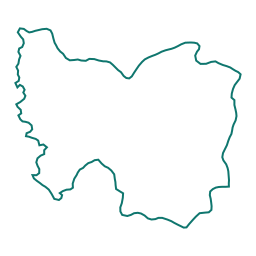 Pirajuba, Minas Gerais, Brazil (Albers equal-area conic projection)
{"feature_id": "56859067B45314161307428", "entity_name": "Pirajuba", "entity_type": "district", "adm_level": 2, "iso_a3": "BRA", "parent_name": "Brazil", "parent_adm1": "Minas Gerais", "projection": "albers", "projection_center": [-48.671, -19.943], "detail": "fine", "context": "isolated", "style": "outline", "palette": "teal", "viewbox_px": 256, "rotation_deg": 0, "n_neighbors": 0, "source": "geoboundaries", "source_scale": "gbopen_adm2", "svg_char_len": 2770}
<svg xmlns="http://www.w3.org/2000/svg" viewBox="0 0 256 256"><path d="M19.9,28.4L17.8,32.3L20.8,36.7L23.2,39.4L23.8,43.2L22.2,47.0L19.2,48.5L18.4,51.9L20.5,55.9L19.1,59.4L18.4,63.7L16.3,66.9L18.1,70.6L17.8,74.5L19.3,77.5L18.7,80.9L15.4,83.0L17.4,87.4L19.9,84.9L22.8,86.5L24.6,89.8L23.3,92.5L25.4,95.8L24.2,98.8L20.3,102.0L16.3,104.3L17.6,106.9L20.7,109.8L21.2,113.4L18.4,115.4L20.3,119.3L22.5,121.4L25.4,121.8L28.6,122.7L31.6,125.4L32.2,129.3L30.1,131.8L26.6,133.2L26.0,136.2L28.9,136.7L31.9,137.8L35.7,138.9L38.2,140.6L39.4,145.3L43.4,144.5L46.9,147.3L44.2,150.2L44.2,154.1L40.7,155.6L37.5,158.3L36.3,162.3L37.6,165.9L39.3,169.1L39.2,173.1L36.5,175.2L32.5,175.1L33.9,178.4L36.8,180.8L39.9,183.0L42.5,185.1L45.4,186.8L48.8,189.6L51.6,193.9L54.3,198.9L58.9,200.0L61.3,198.1L62.1,195.1L59.8,193.1L62.8,191.1L66.5,189.7L70.4,189.4L72.9,187.7L72.7,183.6L74.3,178.7L76.6,175.1L77.8,172.5L79.8,169.6L83.1,167.9L85.3,165.5L88.3,163.1L91.6,162.0L94.6,160.2L98.3,159.7L101.6,163.5L104.8,166.3L108.1,167.8L111.3,170.5L114.2,174.3L114.8,178.9L115.4,182.0L115.6,185.1L116.1,189.0L120.1,191.5L123.1,193.3L122.8,197.8L121.8,203.2L120.3,207.4L120.4,211.5L122.2,214.9L127.3,216.0L130.9,214.9L134.1,213.2L137.8,212.8L141.0,213.5L144.6,215.5L147.9,218.4L151.5,219.5L155.4,219.1L158.3,217.9L162.3,217.9L167.5,219.6L171.4,221.2L174.3,222.9L177.8,224.7L181.1,226.3L183.7,227.6L186.5,227.4L189.1,224.1L193.0,219.7L195.8,216.7L199.6,213.2L205.1,212.6L208.8,212.3L211.4,209.9L211.6,206.2L211.2,202.6L210.7,198.9L209.8,195.1L210.2,191.5L212.8,189.1L215.8,187.6L218.7,187.0L222.1,186.8L225.7,186.8L228.9,186.6L228.8,183.3L229.0,180.2L228.6,175.1L228.3,171.2L227.6,168.0L226.2,164.3L223.4,160.4L222.3,157.2L223.0,153.1L224.8,149.4L226.9,145.2L228.3,140.8L229.7,137.2L231.4,134.0L232.1,130.6L232.6,127.5L233.6,124.5L235.6,120.4L236.5,116.1L236.2,112.9L235.5,109.5L234.4,105.0L234.4,100.1L231.5,97.6L231.8,93.5L233.0,89.0L234.7,85.1L236.9,82.2L239.6,78.7L240.6,74.3L238.2,72.1L235.5,70.8L232.9,69.2L230.3,67.5L226.6,66.1L222.9,65.0L218.4,63.1L215.5,61.4L211.2,61.9L206.1,63.8L200.5,63.9L196.2,60.6L195.2,55.6L197.0,51.7L199.0,49.2L199.5,46.1L197.2,43.4L194.2,42.7L190.6,42.5L185.3,42.7L181.2,44.3L177.9,46.1L174.6,47.7L171.5,48.8L168.6,49.5L165.5,50.3L161.6,51.7L158.4,53.4L155.3,54.8L152.3,55.9L148.6,57.4L144.8,59.4L142.1,61.9L138.9,65.6L136.5,69.1L134.1,72.7L131.8,76.4L129.2,78.4L126.3,78.0L123.7,76.0L121.0,72.2L118.1,70.1L115.4,67.4L112.8,64.8L110.0,62.4L106.4,61.4L103.1,61.3L98.8,60.5L94.3,59.1L89.3,58.9L85.8,60.8L81.2,60.5L77.8,59.5L74.1,60.0L69.8,60.3L65.9,58.0L63.1,53.8L60.2,51.5L57.6,48.3L56.1,45.3L54.6,42.7L53.4,38.5L52.2,33.6L50.5,30.4L46.7,28.8L42.2,29.2L38.8,30.0L35.3,30.8L32.0,31.9L29.2,32.4L26.6,31.0L23.8,28.9L19.9,28.4Z" fill="none" stroke="#0f766e" stroke-width="2"/></svg>